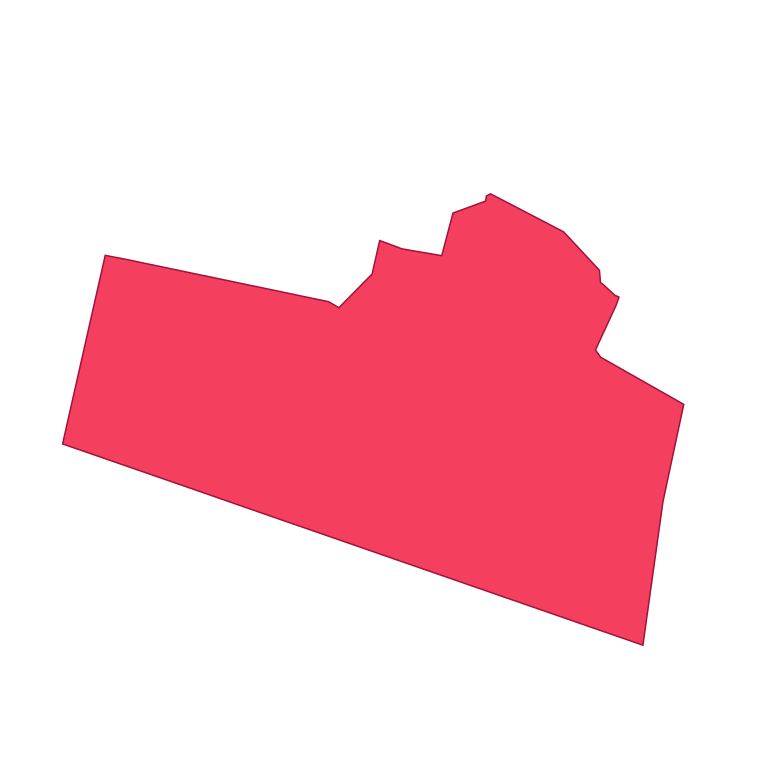 Durham, North Carolina, United States of America, rotated 281°
{"feature_id": "52423323B73804812534091", "entity_name": "Durham", "entity_type": "district", "adm_level": 2, "iso_a3": "USA", "parent_name": "United States of America", "parent_adm1": "North Carolina", "projection": "albers", "projection_center": [-78.845, 36.051], "detail": "fine", "context": "isolated", "style": "filled", "palette": "rose", "viewbox_px": 768, "rotation_deg": 281, "n_neighbors": 0, "source": "geoboundaries", "source_scale": "gbopen_adm2", "svg_char_len": 912}
<svg xmlns="http://www.w3.org/2000/svg" viewBox="0 0 768 768"><g transform="rotate(281 384 384)"><path d="M177.0,688.0L267.1,683.2L267.4,683.2L302.9,681.3L303.2,681.3L321.5,680.3L339.4,680.6L418.9,682.1L421.2,682.1L423.2,676.2L423.3,675.8L441.7,621.1L450.9,593.7L451.6,591.6L457.8,585.1L505.8,596.9L514.1,598.1L514.5,596.8L514.9,594.7L515.1,593.8L515.7,592.8L523.8,579.6L524.2,578.8L524.3,578.5L524.7,577.5L524.9,577.2L536.7,573.8L554.9,548.8L567.0,532.2L567.6,531.4L591.0,452.3L588.1,448.6L583.0,448.9L565.0,419.1L521.0,416.2L520.4,389.7L520.3,385.7L520.1,375.9L524.0,352.4L491.3,351.4L489.8,351.4L450.3,325.2L454.2,314.1L456.9,121.8L457.1,110.1L457.1,85.8L270.0,80.1L263.8,80.0L241.5,236.5L240.3,244.6L237.4,264.8L236.1,273.8L213.8,430.1L202.7,507.8L201.8,514.1L197.6,543.4L195.8,556.4L193.9,569.6L186.0,624.7L184.8,633.2L184.5,635.1L177.0,688.0Z" fill="#f43f5e" stroke="#9f1239" stroke-width="1.5"/></g></svg>